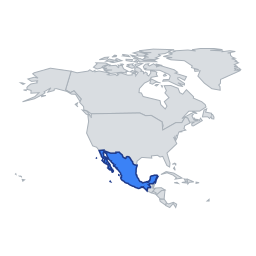 Mexico on a map of North America (Robinson projection)
{"feature_id": "MEX", "entity_name": "Mexico", "entity_type": "country or territory", "adm_level": 0, "iso_a3": "MEX", "parent_name": "North America", "parent_adm1": "", "projection": "robinson", "projection_center": [-103.635, 23.63], "detail": "fine", "context": "in_parent", "style": "filled", "palette": "blue", "viewbox_px": 256, "rotation_deg": 0, "n_neighbors": 17, "source": "natural_earth", "source_scale": "50m", "svg_char_len": 13750}
<svg xmlns="http://www.w3.org/2000/svg" viewBox="0 0 256 256"><path d="M91.3,113.8L86.8,110.7L83.8,109.9L83.6,106.6L79.7,102.4L81.2,99.0L74.0,90.8L70.4,92.7L65.5,89.8L71.1,71.2L77.1,72.8L88.1,71.1L89.8,69.8L92.8,71.6L95.0,70.3L94.9,71.8L99.1,71.0L107.8,72.7L109.7,73.7L107.6,74.7L110.2,75.1L115.4,74.5L116.9,75.7L118.5,74.7L117.1,73.9L118.1,73.2L121.0,73.0L127.8,75.2L132.2,74.9L132.0,73.7L133.3,73.4L135.6,74.0L135.7,75.9L138.2,72.4L134.8,70.5L134.8,68.5L136.4,67.1L139.7,68.2L141.9,70.3L140.7,71.2L143.4,71.6L143.6,73.6L145.4,72.1L147.3,73.3L147.0,74.7L148.6,76.0L150.8,73.0L150.5,70.9L154.8,71.3L156.9,72.3L156.3,74.2L157.5,76.2L151.2,77.3L149.3,80.7L144.4,83.1L139.4,88.6L139.0,92.6L141.4,93.0L143.1,96.5L160.0,100.6L160.8,104.6L165.2,109.0L167.0,106.1L164.3,101.6L169.0,97.7L164.9,92.9L166.4,90.7L164.2,85.7L170.8,85.5L178.1,88.3L179.7,92.6L182.7,94.2L186.4,89.7L193.6,96.8L193.3,98.1L201.7,101.7L205.2,104.6L206.0,107.0L199.7,111.1L188.8,111.2L181.9,118.6L191.5,113.3L193.3,114.4L191.9,115.9L193.9,119.9L196.4,121.0L199.3,120.7L200.5,118.2L202.3,120.6L193.4,125.9L192.0,125.7L191.6,123.8L194.4,122.0L189.6,122.3L187.7,118.1L185.0,117.2L181.9,122.6L175.9,122.6L163.1,130.0L161.8,129.4L163.2,125.8L162.1,121.9L151.2,115.4L145.6,115.7L139.9,113.0L91.3,113.8ZM155.1,85.4L156.1,84.5L158.2,84.5L156.6,86.0L155.1,85.4ZM157.5,65.5L155.7,63.9L162.4,65.5L159.4,65.4L157.5,65.5ZM162.1,87.1L161.4,85.6L162.5,86.0L162.1,87.1ZM138.0,61.6L137.4,62.3L133.8,61.7L136.3,60.5L138.0,61.6ZM137.2,57.4L134.2,57.3L133.8,56.8L136.4,56.9L137.2,57.4ZM130.9,55.1L134.9,55.9L132.7,56.8L130.9,55.1ZM156.5,61.7L139.7,61.8L137.4,59.3L133.1,58.6L140.3,58.6L143.8,60.5L154.4,60.4L156.5,61.7ZM113.0,56.5L116.7,56.6L111.9,57.0L113.0,56.5ZM114.7,55.1L117.0,55.6L113.3,55.9L114.7,55.1ZM206.7,108.8L205.6,112.1L211.6,113.3L211.5,114.9L212.6,114.5L214.0,117.1L213.8,119.0L211.7,118.7L211.1,116.6L209.6,118.5L207.7,116.8L202.4,116.9L204.0,110.1L206.7,108.8ZM151.2,78.9L158.3,82.4L160.6,82.9L155.9,82.1L152.5,84.2L149.8,83.2L151.2,78.9ZM156.5,66.9L160.2,65.6L174.1,69.7L177.5,72.2L175.1,73.1L186.5,76.7L184.6,80.3L179.5,77.6L177.7,77.9L177.8,79.0L184.5,83.5L184.4,85.0L177.9,82.8L183.0,86.5L178.6,85.7L168.3,80.9L162.7,81.2L163.4,79.7L169.2,79.4L170.3,75.9L168.9,74.4L159.8,70.3L145.9,69.9L144.6,69.3L146.0,68.4L144.0,68.4L143.3,66.6L145.4,64.2L148.8,63.7L148.0,64.9L149.3,66.0L153.6,63.8L156.4,65.7L156.5,66.9ZM135.0,64.4L139.8,63.2L142.5,63.6L136.1,66.9L135.0,64.4ZM99.3,59.7L104.7,57.4L108.5,57.1L107.0,59.0L99.3,59.7ZM75.2,104.3L77.6,102.8L76.7,105.2L77.9,106.9L75.2,104.3ZM122.3,54.4L128.2,55.2L129.7,56.7L122.7,55.9L123.9,55.4L122.3,54.4ZM90.0,114.9L86.3,114.2L82.2,110.0L86.5,111.0L90.0,114.9ZM95.9,62.8L105.8,63.0L108.4,64.3L103.1,66.1L101.0,68.1L97.1,69.0L93.5,67.2L97.0,63.9L95.9,62.8ZM116.9,58.6L121.9,60.7L113.0,62.6L110.9,62.1L113.7,61.3L105.8,61.2L109.2,59.1L117.4,60.8L115.6,59.2L116.9,58.6ZM118.1,65.0L122.2,65.8L123.5,68.8L128.3,71.4L125.9,71.6L126.4,73.0L121.3,72.2L110.6,73.5L105.0,70.7L112.1,70.0L104.4,69.7L103.7,69.0L107.1,68.3L102.5,67.8L108.8,64.6L110.2,65.0L109.4,65.8L116.0,65.3L118.3,67.6L119.0,66.9L118.1,65.0ZM129.0,65.7L127.5,64.5L133.1,63.8L132.3,65.2L134.4,66.0L134.3,67.6L132.0,68.3L126.2,66.1L129.0,65.7ZM120.6,64.1L122.4,64.0L123.4,64.4L122.2,65.6L120.6,64.1ZM126.0,59.3L132.4,59.5L132.0,61.5L126.1,60.6L126.0,59.3ZM133.2,53.0L138.2,51.6L146.9,54.3L143.2,56.1L138.3,56.0L136.8,55.3L137.7,54.3L133.2,53.0ZM139.1,50.7L153.2,49.1L174.1,49.7L168.0,51.2L170.6,51.2L164.9,53.6L158.0,54.4L159.8,54.6L159.0,54.9L160.4,55.7L155.5,57.9L158.1,58.6L155.0,59.6L143.1,59.1L145.2,57.9L144.3,56.7L148.6,57.3L144.5,55.9L147.8,54.3L145.2,52.9L151.3,52.6L144.3,52.5L139.1,50.7ZM166.4,75.6L164.0,76.2L163.4,75.3L165.0,73.9L166.4,75.6ZM132.4,70.4L136.2,72.4L135.3,73.0L130.1,71.8L132.4,70.4ZM192.2,111.9L195.1,112.3L197.2,113.6L194.0,113.0L192.2,111.9ZM194.3,118.2L195.2,119.2L198.1,119.5L196.8,120.5L194.4,119.6L194.3,118.2Z" fill="#d9dde1" stroke="#a8b0b8" stroke-width="1"/><path d="M91.3,113.8L139.9,113.0L145.6,115.7L151.2,115.4L162.1,121.9L162.7,130.0L175.9,122.6L181.9,122.6L185.0,117.2L187.7,118.1L190.0,123.0L184.8,125.6L184.0,128.6L185.8,130.1L179.2,131.7L182.4,131.7L178.8,132.1L177.5,136.1L176.2,134.9L177.4,137.3L176.0,140.0L174.8,135.7L175.1,138.1L173.8,137.7L176.8,143.7L167.0,153.0L170.0,163.2L169.6,167.0L166.9,165.5L162.7,156.4L160.0,157.0L157.5,155.3L151.4,155.9L151.8,158.1L141.7,157.4L137.1,161.1L136.4,165.6L133.5,164.4L129.7,157.6L124.0,157.9L119.2,152.3L110.6,153.2L103.7,150.1L99.1,150.5L96.6,147.2L92.7,145.9L86.6,133.1L88.6,121.5L87.9,115.6L90.6,115.9L91.3,118.0L91.3,113.8ZM71.1,71.2L65.5,89.8L70.4,92.7L74.0,90.8L81.2,99.0L79.9,101.3L75.5,94.3L71.4,94.1L66.8,91.4L56.2,88.6L54.3,89.0L54.1,90.5L47.7,92.2L50.9,87.8L44.1,91.8L45.0,92.8L42.9,94.3L34.4,98.8L22.5,101.8L34.8,96.7L39.0,92.7L30.9,93.2L31.1,90.4L27.1,89.4L26.9,87.4L28.0,86.2L30.8,84.0L37.2,82.8L36.7,81.5L38.1,80.7L31.5,81.4L27.9,79.0L34.3,77.2L38.0,78.1L32.7,73.8L34.1,72.8L50.3,68.2L71.1,71.2ZM20.5,82.8L22.3,82.9L24.6,83.7L23.0,84.4L20.5,82.8ZM22.2,179.4L24.6,179.8L22.8,181.2L22.2,179.4ZM21.4,176.5L21.7,177.4L21.2,176.6L21.4,176.5ZM20.2,176.0L21.0,176.3L20.0,176.3L20.2,176.0ZM18.5,175.8L19.4,175.8L18.5,175.8ZM15.8,173.7L16.0,174.5L15.4,174.1L15.8,173.7ZM23.5,90.0L26.4,89.8L26.2,90.6L23.5,90.0ZM41.7,95.7L45.9,95.5L41.6,96.7L41.7,95.7Z" fill="#d9dde1" stroke="#a8b0b8" stroke-width="1"/><path d="M187.0,179.4L187.2,183.1L181.8,182.5L185.9,181.7L184.1,178.9L187.0,179.4Z" fill="#d9dde1" stroke="#a8b0b8" stroke-width="1"/><path d="M187.8,184.1L187.2,179.0L193.8,181.9L189.2,182.3L187.8,184.1Z" fill="#d9dde1" stroke="#a8b0b8" stroke-width="1"/><path d="M172.3,164.3L174.3,163.3L174.4,163.9L172.3,164.3ZM174.4,162.9L175.9,163.9L175.7,165.5L175.3,164.0L174.4,162.9ZM173.5,168.4L174.4,167.1L175.2,170.3L173.5,168.4Z" fill="#d9dde1" stroke="#a8b0b8" stroke-width="1"/><path d="M192.0,49.7L200.4,48.5L213.9,48.5L222.5,49.6L210.2,50.3L222.6,50.9L222.2,51.7L229.9,50.7L235.3,51.5L227.6,53.0L230.5,53.1L230.5,55.3L232.4,57.2L235.1,58.2L231.6,58.8L234.9,59.7L236.7,61.1L235.4,61.3L238.5,62.8L234.3,64.6L237.6,66.7L234.0,66.4L238.9,68.0L240.6,69.4L238.4,69.8L234.2,68.0L235.6,69.3L234.7,70.2L240.6,70.4L220.6,79.4L220.4,83.4L218.7,85.0L220.0,86.6L220.2,90.2L211.8,88.7L204.3,83.1L197.9,76.1L200.1,70.8L194.9,71.4L194.3,69.1L198.7,69.6L191.5,67.6L192.2,65.9L184.4,60.7L170.9,59.8L166.4,58.2L172.2,57.6L163.3,56.5L172.0,54.2L172.1,53.6L168.5,53.1L174.7,51.5L173.8,50.9L187.9,50.0L195.7,51.0L192.0,49.7Z" fill="#d9dde1" stroke="#a8b0b8" stroke-width="1"/><path d="M176.7,204.2L175.7,207.5L173.2,203.5L169.7,207.5L165.8,205.6L165.6,202.4L168.6,204.0L173.4,202.3L176.7,204.2Z" fill="#d9dde1" stroke="#a8b0b8" stroke-width="1"/><path d="M166.4,202.2L165.6,205.2L160.2,201.4L159.6,199.2L164.1,199.1L166.4,202.2Z" fill="#d9dde1" stroke="#a8b0b8" stroke-width="1"/><path d="M164.1,199.1L160.1,198.8L156.1,194.7L161.5,190.5L165.0,190.0L164.1,199.1Z" fill="#d9dde1" stroke="#a8b0b8" stroke-width="1"/><path d="M165.0,190.0L161.5,190.5L156.8,194.5L152.8,191.3L155.6,188.0L161.3,187.7L165.0,190.0Z" fill="#d9dde1" stroke="#a8b0b8" stroke-width="1"/><path d="M152.8,191.3L156.0,192.7L155.7,194.2L151.3,192.8L152.8,191.3Z" fill="#d9dde1" stroke="#a8b0b8" stroke-width="1"/><path d="M147.1,191.0L148.0,187.6L150.5,187.6L148.5,184.9L149.4,183.6L153.0,183.7L152.9,188.0L154.9,188.4L152.8,191.3L151.3,192.8L147.1,191.0Z" fill="#d9dde1" stroke="#a8b0b8" stroke-width="1"/><path d="M153.0,183.7L155.0,182.5L153.5,188.0L152.9,188.0L153.0,183.7Z" fill="#d9dde1" stroke="#a8b0b8" stroke-width="1"/><path d="M196.1,182.1L199.1,182.7L196.0,183.4L196.1,182.1Z" fill="#d9dde1" stroke="#a8b0b8" stroke-width="1"/><path d="M174.2,182.7L177.0,182.3L178.4,183.5L174.2,182.7Z" fill="#d9dde1" stroke="#a8b0b8" stroke-width="1"/><path d="M166.1,171.6L173.8,173.1L182.1,178.1L175.2,179.1L176.4,177.8L173.1,175.1L167.1,172.8L160.9,174.5L166.1,171.6Z" fill="#d9dde1" stroke="#a8b0b8" stroke-width="1"/><path d="M207.1,201.0L209.1,199.3L209.1,201.0L207.1,201.0Z" fill="#d9dde1" stroke="#a8b0b8" stroke-width="1"/><path d="M99.1,150.5L103.7,150.1L103.4,150.6L110.6,153.2L115.9,153.2L115.9,152.2L119.3,152.2L119.9,153.0L120.1,153.1L121.1,154.0L122.2,154.9L122.6,155.9L122.6,156.2L122.7,156.6L123.2,157.2L123.9,157.7L124.2,157.8L125.3,158.5L125.7,158.4L126.0,158.0L126.3,157.0L126.6,156.8L126.8,156.7L127.1,156.5L127.8,156.7L128.6,156.7L128.8,156.7L130.1,158.1L131.0,159.6L131.0,160.0L131.4,160.3L132.1,161.3L132.6,161.7L132.6,162.2L132.7,162.6L132.7,162.9L133.1,163.5L133.4,164.2L134.0,164.5L134.8,164.8L135.0,165.0L135.9,165.1L136.3,165.3L136.7,165.5L136.9,165.4L137.1,165.3L137.1,165.8L136.5,167.4L136.2,168.9L136.1,170.3L136.1,172.1L135.9,172.8L135.9,173.1L136.0,174.0L136.4,174.7L136.9,175.2L136.8,175.9L136.7,175.7L136.8,175.2L136.4,174.8L136.1,174.2L136.3,175.1L136.5,175.4L137.2,176.9L137.2,177.1L138.6,179.0L139.0,180.2L139.6,180.9L139.7,181.2L140.0,181.4L139.7,181.3L140.3,181.7L140.1,181.5L140.4,181.6L141.2,181.7L141.5,182.0L141.9,182.1L142.4,182.8L142.6,182.9L143.1,182.8L144.4,182.3L145.2,182.3L145.7,182.2L145.9,182.1L146.0,181.9L146.5,181.7L147.4,181.6L147.6,181.8L147.5,182.0L147.8,182.2L148.3,182.2L148.8,181.8L148.8,181.6L148.6,181.4L148.7,181.2L148.4,181.4L148.5,181.2L149.4,180.6L149.8,180.2L149.9,179.3L150.3,178.9L150.3,177.5L150.5,176.5L151.5,175.9L153.4,175.6L154.2,175.2L155.1,175.1L156.5,175.5L156.7,175.3L156.3,175.2L156.8,175.1L157.4,175.5L157.4,176.0L157.5,176.1L157.2,177.0L156.7,177.6L156.3,178.2L156.2,178.5L156.3,179.0L156.0,179.2L155.8,179.6L156.3,179.7L156.2,180.0L155.9,180.2L155.9,180.4L156.1,180.3L155.9,181.4L155.7,181.8L155.6,182.4L155.5,182.6L155.3,182.2L155.2,182.1L155.2,181.6L155.2,181.3L154.8,181.6L154.8,181.8L154.7,182.2L154.2,182.2L154.1,182.6L153.7,183.3L153.2,183.2L153.0,183.3L153.0,183.7L149.4,183.7L149.4,184.9L148.6,184.9L149.5,185.8L150.0,186.1L150.2,186.6L150.6,186.9L150.5,187.6L148.0,187.6L147.1,189.4L147.4,189.8L147.2,190.1L147.2,190.4L147.2,190.7L147.1,191.0L145.9,189.7L145.2,189.0L143.7,187.6L142.8,187.1L142.7,187.1L143.2,187.4L143.6,187.7L142.6,187.3L142.3,187.3L142.2,187.2L142.4,187.0L142.0,187.1L142.0,186.9L141.8,186.8L141.5,187.1L142.0,187.3L141.3,187.3L140.7,187.8L140.1,188.0L139.2,188.4L138.6,188.5L138.0,188.4L137.3,187.9L136.2,187.8L135.4,187.3L134.7,187.1L134.2,186.5L132.4,186.1L131.7,185.7L130.1,185.0L129.0,184.3L128.8,184.1L128.6,184.0L128.0,183.3L127.4,183.3L126.5,183.1L125.0,182.5L124.1,181.4L123.1,180.8L122.1,180.3L121.7,179.7L121.4,179.4L121.0,178.8L120.7,177.9L120.9,177.6L121.2,177.6L121.5,177.4L121.5,177.2L121.3,177.0L121.0,177.0L121.0,176.9L121.5,176.2L121.6,175.4L121.1,175.1L120.7,174.3L120.7,173.5L120.4,172.8L119.3,171.5L118.9,171.0L118.2,170.0L116.6,168.7L117.1,168.9L117.1,168.6L116.5,168.5L116.3,168.3L116.2,168.2L115.6,167.3L115.9,167.4L116.1,167.4L115.5,167.0L114.8,166.6L114.7,166.5L114.7,166.3L114.2,166.4L114.1,166.2L114.3,166.2L114.5,165.8L114.2,166.0L113.9,166.1L113.7,166.1L113.5,165.8L113.5,165.2L113.9,164.5L114.1,164.7L113.9,164.4L113.8,164.0L113.4,163.6L112.8,163.6L112.6,163.2L112.5,162.8L111.8,162.6L111.5,162.3L111.3,162.0L111.2,161.5L111.4,161.0L111.0,160.9L110.6,161.0L110.3,160.8L110.0,160.5L109.6,159.9L109.2,159.7L108.7,158.9L108.3,158.4L108.2,157.9L107.9,157.7L107.8,157.3L107.2,156.3L107.1,155.6L106.7,154.8L106.6,154.4L106.6,154.1L106.6,153.9L106.7,153.6L105.7,153.2L105.6,152.9L105.4,152.7L105.1,152.6L104.9,152.8L104.7,152.8L103.2,151.9L103.4,152.2L103.5,152.5L103.3,152.8L103.2,153.6L103.5,154.1L103.6,154.5L103.7,155.1L103.6,155.7L103.8,156.2L104.1,156.6L104.5,156.8L105.3,157.6L105.7,158.2L105.7,158.6L106.0,158.6L106.1,158.9L106.3,158.9L106.5,159.6L106.9,159.8L106.9,160.1L107.1,160.3L107.0,160.5L107.2,161.1L107.5,161.5L107.9,161.8L108.2,162.6L108.5,162.8L108.5,163.1L108.7,163.3L108.8,163.7L109.0,163.9L108.9,163.5L108.9,163.2L109.3,163.6L109.4,163.9L109.5,164.1L109.5,164.3L109.8,164.9L109.8,165.7L110.1,166.2L110.3,166.3L110.6,167.2L111.0,167.8L110.9,168.4L111.0,169.0L111.5,169.3L111.6,169.5L111.7,169.3L111.7,169.0L111.8,169.0L112.2,169.3L112.7,169.9L112.8,170.2L112.9,170.5L113.2,170.6L113.4,170.9L113.2,171.6L112.6,172.2L112.2,172.2L111.9,171.2L111.6,170.6L111.1,170.3L110.3,169.5L109.5,169.0L109.0,168.5L108.8,168.5L108.7,168.2L108.3,167.8L108.2,167.4L108.4,166.4L108.1,165.4L107.8,164.7L107.2,164.5L106.5,163.9L106.4,163.6L106.3,163.1L106.1,163.4L105.8,163.4L105.4,163.6L105.0,163.1L104.7,163.0L104.5,162.7L103.8,162.5L103.7,162.0L102.8,161.3L102.7,161.1L103.6,161.2L103.9,161.2L104.1,161.0L104.5,161.5L104.5,161.3L104.4,161.1L104.4,160.9L104.2,160.9L104.4,160.7L104.6,160.2L104.7,159.8L104.5,159.4L103.0,157.7L102.6,157.5L101.6,156.8L101.5,156.4L101.4,156.3L101.4,155.5L101.3,155.4L101.1,155.3L101.0,154.4L100.5,154.0L100.5,153.5L99.9,152.7L99.9,152.4L100.0,152.3L100.0,152.1L99.6,151.7L99.5,151.3L99.2,151.0L99.1,150.5ZM108.2,158.5L108.1,159.0L107.6,158.8L107.7,158.1L107.8,158.0L108.1,157.9L108.2,158.5ZM106.4,158.4L106.2,158.3L105.8,157.8L105.6,157.5L105.6,157.2L105.9,157.4L106.0,157.7L106.3,157.8L106.4,158.4ZM157.5,177.4L157.1,178.1L157.1,177.9L157.1,177.6L157.5,177.4ZM108.3,168.5L108.1,168.3L108.1,168.1L107.9,168.0L108.0,167.6L108.1,166.8L108.2,167.0L108.1,167.8L108.3,168.5ZM102.5,160.3L102.5,160.6L102.1,160.5L102.3,160.2L102.4,159.9L102.5,160.3ZM96.7,158.6L96.4,158.2L96.5,158.1L96.7,158.6ZM109.0,168.8L109.0,169.0L108.4,168.5L108.7,168.5L109.0,168.8ZM119.0,175.1L119.0,175.3L118.8,175.2L118.8,174.9L119.0,175.0L119.0,175.1ZM111.2,167.5L111.3,167.7L111.0,167.6L111.0,167.3L111.2,167.5ZM110.2,165.1L110.2,165.3L110.2,165.2L110.0,165.6L110.1,165.1L110.2,165.1ZM110.4,181.6L110.1,181.5L110.2,181.3L110.4,181.6ZM148.0,181.7L147.8,181.7L148.2,181.5L148.3,181.5L148.0,181.7ZM112.7,169.4L112.5,169.0L112.7,169.3L112.7,169.4Z" fill="#3b82f6" stroke="#1e3a8a" stroke-width="1.5"/></svg>